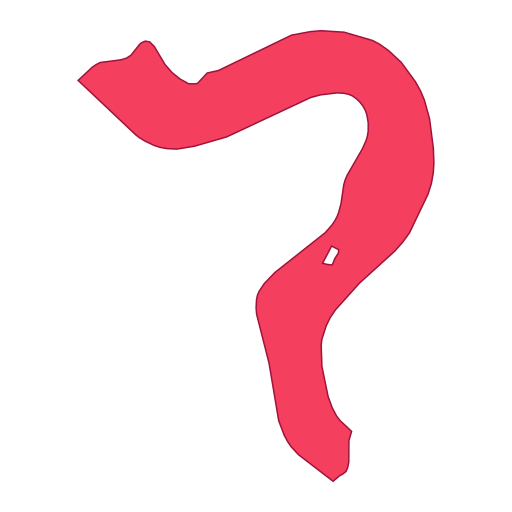 outline of Qina
{"feature_id": "EGY-1551", "entity_name": "Qina", "entity_type": "Governorate", "adm_level": 1, "iso_a3": "EGY", "parent_name": "Egypt", "parent_adm1": "", "projection": "mercator", "projection_center": [32.546, 25.704], "detail": "fine", "context": "isolated", "style": "filled", "palette": "rose", "viewbox_px": 512, "rotation_deg": 0, "n_neighbors": 0, "source": "natural_earth", "source_scale": "10m", "svg_char_len": 1472}
<svg xmlns="http://www.w3.org/2000/svg" viewBox="0 0 512 512"><path d="M145.3,41.1L149.7,41.9L154.3,46.5L165.0,64.5L172.2,72.7L180.0,79.0L188.6,83.7L193.6,83.9L197.4,83.5L207.2,73.0L218.4,70.5L291.6,35.1L310.5,31.6L321.1,30.7L344.2,32.2L372.6,40.5L379.6,44.2L388.6,50.6L401.1,62.2L415.4,81.7L420.5,90.9L424.4,100.1L429.6,119.0L433.4,148.6L433.9,163.1L433.3,172.5L431.4,183.5L428.0,194.2L409.5,232.8L402.7,242.2L394.6,251.3L359.5,283.1L335.5,309.8L330.1,317.8L326.2,325.8L321.9,339.2L321.2,345.0L321.9,366.4L328.1,396.5L332.2,407.8L336.8,416.4L340.1,420.6L351.6,431.4L348.9,440.7L348.8,462.1L347.6,467.8L346.0,471.5L342.5,474.2L339.4,475.9L333.1,481.3L298.6,454.8L291.0,446.6L287.6,441.5L284.2,435.2L278.7,420.7L269.0,363.0L256.6,314.2L256.1,308.0L256.5,299.7L257.4,295.4L259.1,291.3L264.3,283.5L275.0,272.4L325.2,232.7L332.1,224.8L334.8,220.8L337.0,216.7L338.6,212.5L341.0,203.6L343.8,184.6L345.2,179.8L347.2,175.1L362.4,148.8L366.0,140.7L367.3,136.5L368.2,131.1L368.2,122.7L366.8,114.5L365.3,110.3L362.9,106.0L359.8,102.0L356.2,98.6L352.4,95.9L348.4,94.2L343.2,93.2L337.0,92.9L320.3,94.9L310.5,97.6L226.7,136.9L194.5,146.2L176.9,149.1L166.6,148.6L159.9,147.3L154.6,145.6L145.7,141.5L139.4,137.7L135.7,134.8L78.1,80.4L92.4,67.1L96.3,64.5L100.2,62.5L121.0,59.8L126.5,58.1L131.0,55.2L139.4,44.6L141.4,42.8L145.3,41.1ZM332.2,265.0L334.8,258.6L338.4,253.0L338.7,249.7L331.6,246.1L322.6,263.3L327.0,264.4L332.2,265.0Z" fill="#f43f5e" stroke="#9f1239" stroke-width="1.5"/></svg>